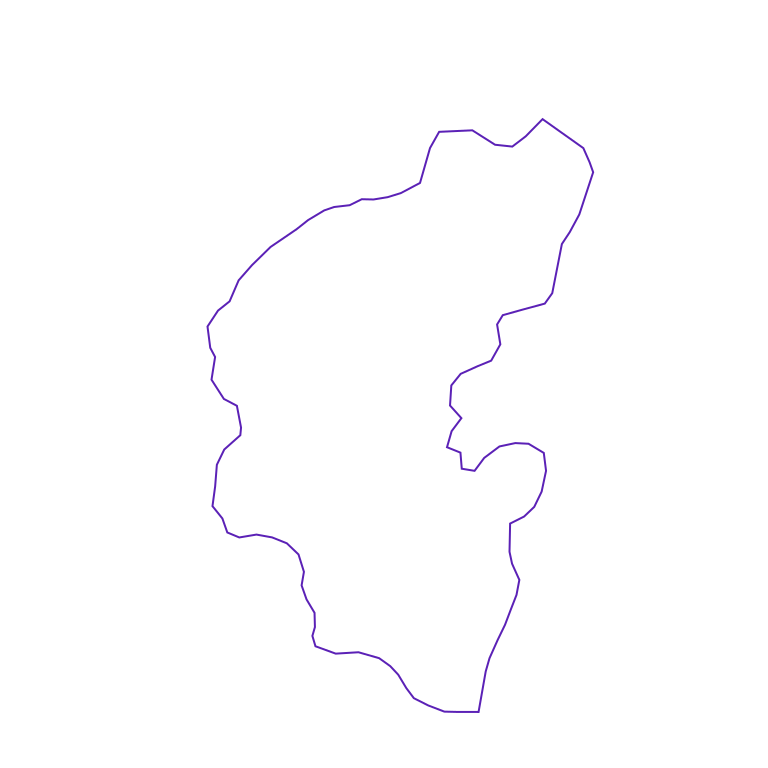 Yeongju-si, North Gyeongsang, South Korea, rotated 16°
{"feature_id": "91817680B73468767289539", "entity_name": "Yeongju-si", "entity_type": "district", "adm_level": 2, "iso_a3": "KOR", "parent_name": "South Korea", "parent_adm1": "North Gyeongsang", "projection": "equal_earth", "projection_center": [128.61, 36.874], "detail": "fine", "context": "isolated", "style": "outline", "palette": "violet", "viewbox_px": 768, "rotation_deg": 16, "n_neighbors": 0, "source": "geoboundaries", "source_scale": "gbopen_adm2", "svg_char_len": 1411}
<svg xmlns="http://www.w3.org/2000/svg" viewBox="0 0 768 768"><g transform="rotate(16 384 384)"><path d="M463.4,85.7L452.0,106.8L441.9,120.4L424.8,123.4L399.0,115.8L367.5,126.4L363.2,144.5L363.2,164.2L363.2,180.8L347.5,195.9L336.0,203.4L323.1,209.5L311.7,212.5L301.7,221.6L287.3,227.6L278.7,233.6L265.9,247.3L257.3,259.3L237.2,283.5L224.3,306.2L215.7,324.4L212.8,347.1L204.2,359.2L198.5,377.4L207.0,397.1L214.2,404.6L217.0,427.4L234.2,442.5L248.6,445.5L258.6,465.3L260.0,472.8L248.5,491.0L245.6,507.7L249.9,528.9L252.8,548.7L265.7,557.8L274.3,569.9L287.2,571.4L302.9,563.9L318.7,562.3L334.5,563.9L348.8,571.4L358.8,586.6L360.3,600.3L368.9,612.4L380.3,623.1L384.6,636.7L384.6,645.9L390.4,655.0L411.9,656.5L433.4,648.9L454.9,648.9L467.8,653.5L477.8,659.5L489.3,670.2L499.3,677.8L515.1,680.8L532.3,682.3L543.8,679.3L565.3,673.2L561.0,632.2L561.0,618.5L563.8,598.8L566.7,582.1L568.1,565.4L569.5,550.2L568.1,535.0L559.2,524.5L556.6,521.4L550.9,510.7L543.7,483.4L555.2,472.8L562.3,460.7L565.2,444.0L563.7,422.8L556.6,406.2L539.4,401.6L526.5,404.6L512.2,412.2L500.7,427.4L495.0,442.5L482.1,444.0L476.4,428.9L462.0,427.4L462.0,410.7L467.8,395.5L453.4,386.5L449.1,366.8L454.9,353.1L469.2,341.0L480.6,332.0L484.9,313.8L476.3,295.6L479.2,285.1L496.4,274.5L516.4,262.4L520.7,250.3L516.4,200.4L520.7,186.8L525.0,167.2L526.7,122.8L520.6,114.3L510.6,102.3L463.4,85.7Z" fill="none" stroke="#5b21b6" stroke-width="2"/></g></svg>